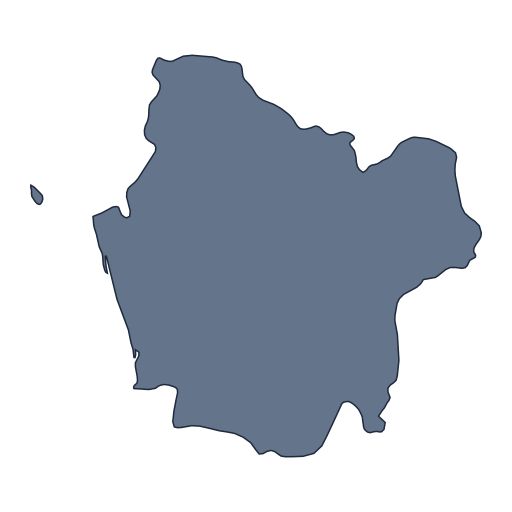 an SVG outline of La Araucanía
{"feature_id": "CHL-2700", "entity_name": "La Araucanía", "entity_type": "Region", "adm_level": 1, "iso_a3": "CHL", "parent_name": "Chile", "parent_adm1": "", "projection": "equal_earth", "projection_center": [-72.302, -38.69], "detail": "fine", "context": "isolated", "style": "filled", "palette": "slate", "viewbox_px": 512, "rotation_deg": 0, "n_neighbors": 0, "source": "natural_earth", "source_scale": "10m", "svg_char_len": 4037}
<svg xmlns="http://www.w3.org/2000/svg" viewBox="0 0 512 512"><path d="M455.5,152.8L456.4,156.4L456.5,156.9L456.6,157.4L456.5,157.9L455.2,164.3L454.9,170.1L455.3,175.9L461.3,206.4L464.6,213.0L469.4,217.4L474.8,221.3L479.3,225.9L481.3,232.9L480.8,236.7L479.3,239.7L475.6,245.0L474.1,247.9L473.8,249.1L473.7,251.2L474.1,252.8L475.0,253.9L475.6,255.2L475.4,257.1L474.6,257.7L470.3,259.9L469.4,261.0L467.3,265.5L465.1,267.7L461.9,268.3L455.7,267.5L450.2,267.5L445.8,269.5L437.4,276.2L435.1,277.5L424.2,279.4L423.1,279.9L422.4,281.2L420.5,283.9L416.8,287.2L403.6,294.4L399.4,298.6L397.1,303.3L395.0,315.4L394.8,320.5L397.4,334.6L398.9,360.3L397.3,375.8L396.1,380.3L393.4,382.9L390.3,385.0L388.0,388.0L387.9,391.7L390.1,397.6L388.9,400.5L387.1,402.8L384.4,407.9L382.3,410.4L378.5,416.2L385.2,422.5L384.0,429.3L381.6,431.8L379.2,431.9L376.6,431.4L373.5,431.8L370.0,432.7L367.6,432.1L365.5,430.4L364.3,429.0L364.1,428.6L364.0,428.0L363.8,427.5L363.6,426.9L363.3,424.4L362.9,421.9L362.6,419.5L362.3,417.0L361.9,416.1L361.6,415.2L361.2,414.4L360.8,413.5L360.3,412.5L359.7,411.4L359.2,410.4L358.6,409.4L358.0,408.7L357.4,408.0L356.8,407.3L356.1,406.6L355.5,406.0L354.9,405.5L354.3,404.9L353.7,404.4L353.1,404.0L352.6,403.6L352.0,403.2L351.4,402.8L350.8,402.5L350.2,402.2L349.6,401.9L349.0,401.6L348.1,401.5L345.8,401.7L343.4,402.3L341.8,403.8L337.7,412.7L332.4,424.2L326.8,436.1L321.8,445.9L313.9,453.4L303.1,456.3L292.5,456.7L285.2,456.7L281.2,456.1L278.0,454.0L275.0,451.7L271.2,450.4L267.0,451.4L263.0,453.6L259.2,454.0L255.8,449.8L250.7,442.7L243.0,437.1L234.6,433.4L227.4,432.0L219.5,430.8L209.7,428.4L199.7,426.1L191.7,425.7L185.9,426.7L181.3,427.5L177.6,427.7L174.3,426.9L172.8,421.6L173.9,411.2L176.0,400.2L177.6,392.7L177.3,389.3L175.5,387.4L172.4,386.2L168.4,385.0L164.2,384.5L160.8,385.1L158.5,386.1L157.7,386.7L157.1,387.1L156.5,387.5L156.0,387.9L155.4,388.3L153.8,388.6L152.2,388.9L150.5,389.2L148.9,389.5L145.2,389.3L141.4,389.0L137.7,388.8L134.0,388.6L133.9,388.6L133.6,387.4L134.3,385.4L135.7,384.3L137.0,383.0L137.5,380.2L137.1,375.8L135.4,366.8L135.4,362.8L138.8,356.0L139.0,352.3L135.4,349.8L135.7,354.7L135.0,357.6L134.0,357.5L133.0,349.3L131.0,342.8L128.4,329.9L117.0,299.3L106.4,256.2L105.3,256.2L105.9,265.1L107.4,273.2L105.9,272.4L104.8,270.4L103.4,265.3L103.0,261.5L102.8,257.5L102.3,253.7L99.2,246.8L96.4,234.2L94.4,228.1L93.7,224.8L93.0,216.1L93.0,216.5L93.1,216.4L102.0,212.9L112.6,207.1L116.2,206.5L118.5,207.2L120.4,212.2L121.7,214.9L124.6,217.2L126.7,217.8L129.7,216.3L130.2,210.9L126.6,196.9L126.8,192.3L128.1,188.6L130.2,186.3L135.0,182.2L138.0,178.7L155.3,151.7L155.9,147.5L154.5,144.4L148.5,140.6L146.1,138.2L144.6,134.6L144.4,130.2L145.4,125.7L147.3,121.8L148.4,118.0L148.8,114.1L148.9,109.7L149.5,105.0L151.3,102.0L157.1,95.6L159.8,89.4L160.2,85.2L159.2,81.7L153.1,75.1L152.1,72.3L152.5,69.7L156.4,60.3L157.9,58.3L159.4,57.9L161.3,58.6L163.5,59.8L166.2,60.7L169.5,61.4L172.2,61.3L183.2,56.2L192.2,55.3L212.6,57.0L216.3,57.8L222.0,60.1L228.2,61.6L234.0,62.1L237.3,62.8L240.0,64.1L241.4,66.3L242.1,69.3L242.4,72.6L243.0,76.5L244.5,79.6L249.9,85.2L252.2,88.1L256.2,94.7L258.6,97.4L262.9,100.2L273.9,104.4L281.6,108.9L288.4,114.2L290.8,116.5L293.0,119.2L296.8,125.4L298.4,127.2L300.3,128.6L302.8,129.2L305.8,129.1L310.9,127.8L314.3,126.4L316.2,126.1L318.6,126.7L321.0,128.4L323.6,131.2L326.7,133.7L330.0,134.9L333.6,134.7L340.4,132.4L343.9,132.0L348.6,132.9L351.7,134.6L353.7,136.3L354.3,137.9L354.0,139.1L352.7,140.4L350.2,142.4L349.8,143.4L350.0,144.9L354.4,150.6L355.3,154.1L356.0,157.8L356.4,162.4L357.5,166.8L359.5,169.7L363.0,172.4L365.9,170.7L369.3,166.5L371.3,165.3L376.9,164.0L379.6,162.6L382.0,160.8L387.8,158.1L390.7,156.1L397.7,146.1L399.4,144.1L401.5,142.4L410.3,138.1L412.7,137.4L415.0,137.2L428.6,138.8L436.2,141.4L449.4,147.8L451.0,148.9L455.4,152.7L455.5,152.8ZM41.2,194.2L42.3,195.6L42.8,199.1L41.9,201.9L40.9,203.5L39.9,204.3L38.9,204.4L37.0,203.5L34.7,200.9L31.9,196.5L31.5,193.7L31.5,190.1L30.7,186.9L30.9,185.2L34.2,187.2L41.2,194.2Z" fill="#64748b" stroke="#1e293b" stroke-width="1.5"/></svg>